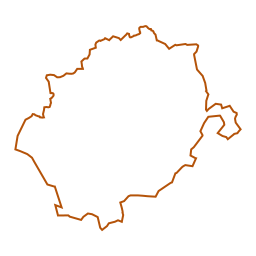 outline of Kajuru, Kaduna, Nigeria
{"feature_id": "59680162B79502957035648", "entity_name": "Kajuru", "entity_type": "district", "adm_level": 2, "iso_a3": "NGA", "parent_name": "Nigeria", "parent_adm1": "Kaduna", "projection": "albers", "projection_center": [7.809, 10.253], "detail": "fine", "context": "isolated", "style": "outline", "palette": "amber", "viewbox_px": 256, "rotation_deg": 0, "n_neighbors": 0, "source": "geoboundaries", "source_scale": "gbopen_adm2", "svg_char_len": 3008}
<svg xmlns="http://www.w3.org/2000/svg" viewBox="0 0 256 256"><path d="M176.5,173.0L182.0,167.2L183.3,166.2L185.3,165.1L192.5,166.2L196.0,158.3L195.5,158.2L190.5,155.5L191.2,149.4L193.8,147.2L202.5,135.7L202.5,135.1L200.4,131.2L204.1,123.1L208.3,116.8L219.9,115.6L220.1,115.7L223.9,122.2L224.3,124.8L217.7,133.1L222.5,136.0L226.3,137.1L227.8,139.2L234.0,134.2L234.2,133.9L237.4,133.2L238.7,131.4L240.6,129.3L235.7,122.6L235.0,118.7L235.6,116.8L236.8,114.6L236.6,113.0L233.6,111.7L231.2,108.1L229.7,105.8L228.0,106.4L222.2,108.3L221.1,104.6L215.7,103.8L214.6,104.6L208.6,109.0L206.9,110.9L206.0,109.6L206.3,100.8L207.9,95.8L208.4,94.4L206.0,91.1L206.5,90.5L206.2,89.0L205.2,83.0L202.6,75.8L202.0,75.2L197.1,69.6L196.9,69.0L194.1,54.9L194.1,54.1L196.5,51.6L197.9,47.2L198.1,46.6L198.1,45.5L196.3,44.3L187.2,44.9L185.5,44.0L176.5,45.3L175.3,44.8L169.1,48.8L165.2,44.0L158.2,40.8L157.5,40.4L156.8,40.4L155.5,34.6L154.3,33.4L153.7,32.5L153.5,31.6L152.9,30.9L152.1,30.6L151.3,30.4L151.1,29.5L150.9,29.0L150.2,29.0L149.5,29.1L148.7,28.5L147.9,27.9L147.6,27.4L147.2,27.1L146.9,26.7L146.5,26.3L145.5,26.1L144.3,26.4L143.1,26.9L142.1,26.9L140.5,26.9L139.4,27.8L139.2,28.9L139.5,30.1L139.7,31.3L140.2,32.2L140.0,32.7L140.1,33.3L139.8,33.4L139.4,33.6L139.2,34.0L138.8,34.2L138.0,34.4L136.9,34.8L136.0,35.3L135.3,35.5L134.7,35.6L134.0,35.6L133.6,36.1L133.1,36.3L132.5,36.6L131.7,37.0L131.0,37.3L130.1,37.3L129.7,36.9L129.5,36.2L129.3,35.6L129.1,34.8L129.0,33.9L127.2,33.4L126.1,34.8L125.4,35.4L120.7,40.0L118.9,38.1L113.1,36.3L110.1,39.2L109.6,39.7L109.2,40.2L105.1,38.2L104.5,39.1L100.4,40.9L99.9,40.5L99.1,40.6L96.2,42.6L95.4,44.6L95.8,47.7L89.9,49.8L89.6,54.4L87.4,58.5L84.5,58.6L81.4,61.5L81.9,64.9L81.9,65.0L82.1,66.7L82.8,68.4L82.9,68.9L77.2,68.9L74.8,72.4L73.2,73.5L71.5,73.8L69.3,73.7L66.4,73.4L63.4,75.8L60.0,77.2L57.2,77.3L54.0,75.1L50.2,74.7L46.8,75.3L46.0,77.9L48.7,81.7L49.8,88.7L50.5,93.1L50.9,93.2L51.5,93.1L51.8,93.0L52.4,93.1L52.8,93.2L53.1,93.4L53.2,93.6L53.3,93.6L53.5,93.9L53.6,94.6L53.6,95.1L53.5,95.3L53.5,95.6L53.3,96.0L53.0,96.4L52.6,96.8L51.6,98.0L50.9,98.3L50.2,98.9L50.5,99.4L50.5,100.3L51.0,102.9L50.5,104.1L50.2,105.5L49.6,107.0L48.3,107.3L46.4,107.0L44.3,107.3L44.0,110.0L43.7,111.2L43.0,114.1L43.6,116.7L43.9,117.4L43.2,117.5L42.3,117.6L39.9,117.3L39.7,117.0L39.7,116.6L39.5,116.4L38.7,116.4L35.4,115.2L34.4,114.3L32.7,114.1L31.6,116.2L30.2,117.1L28.8,118.0L25.5,119.7L17.6,135.9L15.4,149.4L19.9,151.0L27.3,154.1L32.0,157.7L34.2,161.7L47.4,184.5L54.1,186.5L54.8,186.5L61.6,207.4L55.3,205.1L58.0,215.5L67.6,215.4L68.3,215.4L69.3,216.2L69.6,216.6L81.1,219.9L83.4,216.8L87.9,213.5L92.0,214.2L96.8,216.6L97.7,217.1L100.2,227.7L102.1,229.9L107.0,226.1L108.8,223.3L113.1,222.2L114.8,221.8L118.0,220.3L121.8,221.8L123.2,215.0L122.5,212.6L122.7,212.4L122.5,211.0L122.1,209.2L121.7,207.5L120.3,202.5L124.1,201.1L128.5,196.2L130.5,195.4L138.0,195.4L143.4,195.8L147.3,196.2L155.6,196.7L158.6,191.0L170.6,182.9L172.0,182.4L175.4,173.3L176.5,173.0Z" fill="none" stroke="#b45309" stroke-width="2"/></svg>